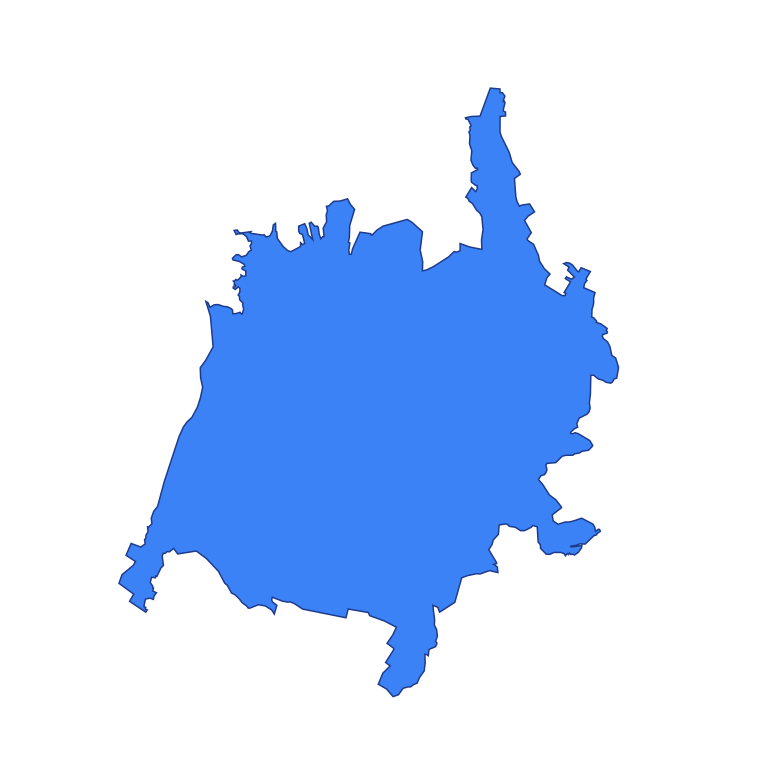 the district of Simleu Silvaniei, Salaj, Romania, rotated 98°
{"feature_id": "2599482B94052118858372", "entity_name": "Simleu Silvaniei", "entity_type": "district", "adm_level": 2, "iso_a3": "ROU", "parent_name": "Romania", "parent_adm1": "Salaj", "projection": "natural_earth1", "projection_center": [22.774, 47.23], "detail": "fine", "context": "isolated", "style": "filled", "palette": "blue", "viewbox_px": 768, "rotation_deg": 98, "n_neighbors": 0, "source": "geoboundaries", "source_scale": "gbopen_adm2", "svg_char_len": 6158}
<svg xmlns="http://www.w3.org/2000/svg" viewBox="0 0 768 768"><g transform="rotate(98 384 384)"><path d="M514.5,162.5L505.0,155.0L503.8,152.5L502.6,152.3L499.8,149.3L498.0,150.3L498.1,151.7L500.4,154.1L496.3,155.4L493.6,157.7L489.4,169.7L493.2,177.2L494.9,181.5L495.5,185.5L498.7,192.1L495.9,197.5L490.2,199.2L481.8,191.0L481.1,191.2L474.9,197.5L470.9,204.7L460.9,213.3L457.1,217.8L452.8,215.7L451.5,212.5L448.6,211.1L446.2,210.7L441.8,212.4L439.9,211.5L438.0,203.0L430.7,197.5L429.3,194.0L428.2,187.0L426.7,185.7L425.1,180.8L423.2,178.8L421.1,172.2L417.0,169.2L415.8,168.8L411.4,172.3L406.2,184.6L405.6,188.0L407.0,190.1L407.0,192.2L406.0,192.5L402.0,189.4L399.8,186.2L396.5,187.6L390.7,186.0L385.5,178.6L382.9,177.0L379.1,176.5L374.2,178.0L365.0,178.2L346.7,180.4L346.1,177.6L349.2,172.6L349.8,167.9L351.4,164.5L351.6,159.5L350.2,158.0L347.1,156.9L345.8,154.4L335.1,154.0L326.0,158.2L324.0,162.4L315.6,165.4L311.4,168.3L308.5,173.0L306.7,174.3L304.7,174.3L302.6,170.2L301.3,170.0L300.0,171.4L298.0,170.7L294.2,177.8L293.5,182.4L292.3,182.1L289.3,185.5L288.7,187.6L281.4,188.4L275.5,187.6L269.2,188.4L264.1,187.7L260.8,199.6L256.6,199.4L253.3,197.4L252.4,198.5L250.7,198.1L243.9,195.3L241.4,205.0L245.8,206.8L245.0,208.6L239.9,213.9L238.5,216.9L238.3,220.1L239.8,222.8L242.5,217.0L245.7,218.0L251.5,210.3L254.1,213.0L252.5,218.3L254.4,219.1L256.9,213.5L268.4,218.4L268.9,216.5L271.3,217.0L271.7,219.9L263.4,238.7L255.9,237.4L252.0,234.9L247.6,241.2L240.6,247.1L235.3,248.9L224.9,255.3L221.8,261.6L220.5,262.5L213.6,259.2L202.5,267.6L197.7,264.6L192.6,258.9L185.4,264.9L187.7,272.6L189.1,274.7L184.7,277.7L180.3,279.5L162.3,283.4L157.3,278.2L154.7,279.8L146.8,287.9L137.1,292.3L122.4,302.3L118.2,304.2L102.9,306.3L101.7,301.0L97.8,301.5L97.2,303.7L95.4,304.0L88.7,303.3L87.2,304.1L87.7,305.2L86.0,305.2L82.1,304.3L78.9,307.5L79.4,309.7L75.7,310.2L76.2,319.9L105.4,326.2L106.9,334.6L109.0,340.4L110.2,339.8L110.1,337.7L116.2,333.6L117.5,334.8L120.9,333.9L122.4,335.0L126.2,333.4L134.2,332.8L140.9,329.5L150.2,329.1L154.7,326.5L157.6,323.6L157.2,321.4L158.6,321.1L162.8,326.8L170.3,326.0L172.0,325.4L174.4,321.3L174.7,319.4L178.0,318.8L180.7,320.0L177.3,324.6L187.5,329.0L188.4,327.0L191.1,325.0L193.0,321.5L199.0,316.5L201.6,312.7L204.8,310.4L217.3,307.4L227.8,307.5L237.1,305.8L236.4,318.2L234.3,328.2L241.4,327.2L243.3,330.3L243.1,333.0L249.2,337.8L261.0,351.5L265.3,358.0L266.6,361.7L257.4,362.7L246.4,366.8L227.9,367.1L219.9,378.9L217.8,383.9L227.8,406.9L232.6,412.4L238.2,416.5L238.3,417.5L237.0,418.0L237.0,428.9L254.4,433.9L260.1,434.5L260.5,436.4L256.0,437.5L249.1,437.4L248.8,439.0L243.7,438.7L231.7,440.0L215.2,437.4L210.9,442.2L205.7,445.8L209.0,453.2L210.1,459.2L215.4,463.5L216.0,465.7L220.4,464.1L224.6,464.8L231.2,463.4L238.1,465.9L246.3,463.9L246.9,465.5L249.0,466.8L244.7,469.0L238.0,470.9L236.9,472.2L237.5,474.4L233.9,478.7L235.3,480.4L250.9,474.7L246.8,479.9L241.3,481.8L236.3,484.8L239.6,490.5L244.6,489.7L246.7,488.3L247.2,485.6L255.9,482.1L257.3,483.9L255.7,486.3L259.5,485.8L265.9,494.6L265.3,497.9L261.9,503.0L254.6,509.9L248.2,511.4L247.8,512.4L240.0,513.8L241.8,515.7L248.0,515.8L251.7,517.0L253.4,517.9L254.8,521.2L252.8,523.6L253.4,524.4L253.3,536.9L252.7,537.9L251.7,537.1L254.4,546.7L254.1,548.8L251.9,550.7L252.8,553.8L256.6,551.2L255.6,549.4L254.9,544.7L257.1,540.7L261.4,538.1L260.9,535.2L262.9,534.7L265.8,535.9L270.0,534.0L271.8,536.3L275.8,538.3L277.9,542.8L276.2,546.0L276.5,548.4L280.6,551.6L282.2,550.7L282.8,544.4L284.9,539.3L286.7,538.1L288.1,540.7L289.8,540.7L291.5,536.5L296.2,536.0L296.9,538.4L296.0,540.8L297.5,540.4L300.5,542.5L301.8,544.1L301.1,545.3L302.7,546.4L303.1,547.5L304.1,546.2L306.9,546.1L306.5,545.1L307.1,544.5L308.7,545.2L308.9,546.8L310.0,546.7L311.1,544.5L308.1,541.7L309.5,539.9L313.1,539.6L316.2,540.8L317.3,539.4L320.6,538.7L323.7,534.8L325.4,535.0L329.4,533.4L334.2,534.0L334.7,534.7L333.0,536.5L334.8,540.2L335.5,543.4L331.7,544.4L330.6,545.7L329.3,550.1L329.5,553.6L328.4,559.3L329.2,563.2L332.2,567.1L328.0,569.6L327.0,571.9L341.1,565.3L371.0,558.4L384.9,563.7L393.5,568.2L403.3,566.5L412.5,563.1L423.3,563.9L433.0,565.6L443.8,569.6L449.0,573.8L454.3,576.6L464.4,579.6L511.1,588.0L536.8,591.2L542.0,594.3L549.1,595.8L554.8,594.4L558.2,597.1L558.3,598.3L563.0,597.1L566.9,598.7L570.1,598.4L571.3,599.5L575.6,598.2L579.3,602.2L577.1,612.2L589.5,615.6L594.4,605.4L598.7,607.2L609.3,616.9L618.3,618.7L626.9,602.6L634.6,605.7L643.1,588.2L640.7,587.0L640.3,589.0L638.4,588.8L637.8,590.8L630.3,590.3L628.6,586.2L629.4,582.4L626.1,582.3L622.4,580.3L621.1,584.2L618.2,583.8L617.9,584.7L616.3,584.9L613.2,587.8L607.8,587.3L607.7,583.4L606.0,583.4L606.1,582.1L597.2,579.3L594.4,577.2L585.2,579.7L582.5,579.1L582.1,577.1L580.2,575.6L580.1,573.2L576.1,569.5L581.0,564.6L575.5,546.6L581.6,535.5L592.6,521.8L603.5,513.9L605.1,511.2L612.2,505.9L613.5,502.2L616.8,497.5L620.3,494.1L623.0,489.0L624.8,487.3L624.6,485.6L620.1,477.7L620.3,470.6L623.3,463.9L627.1,460.6L618.1,459.3L615.3,464.2L613.3,465.2L610.7,465.0L613.2,454.3L613.4,449.0L612.8,446.6L614.0,442.0L618.2,433.3L620.8,389.1L611.8,388.2L612.5,367.8L615.4,365.9L618.6,350.7L623.1,337.9L630.9,340.2L640.4,344.9L644.4,337.5L646.2,337.6L659.5,343.7L662.4,338.7L670.5,344.9L682.1,347.9L685.6,339.2L692.3,331.5L689.7,326.4L682.7,322.8L680.6,318.0L680.3,315.6L677.5,312.8L675.7,309.6L669.5,307.9L662.6,304.3L654.3,304.4L646.0,305.9L646.0,304.1L646.9,302.3L640.6,302.5L637.0,296.5L634.5,295.6L632.8,295.7L631.7,297.1L626.3,296.0L619.7,297.8L615.7,300.6L610.2,301.1L596.4,304.9L597.6,299.7L602.2,297.2L590.4,283.5L565.1,280.1L562.1,274.5L559.0,266.0L558.7,262.3L554.1,253.6L554.9,245.0L549.3,246.4L547.3,250.3L546.1,247.4L544.7,248.1L533.4,257.2L528.3,254.8L523.1,254.0L517.0,249.8L507.6,250.4L505.6,243.8L506.0,242.0L507.5,240.1L507.6,233.9L510.2,228.5L509.8,224.9L508.7,222.9L505.3,218.2L503.4,217.0L504.1,212.4L519.2,209.3L521.4,206.8L525.0,206.1L530.0,199.6L529.6,196.1L527.1,192.1L526.2,185.3L527.0,181.8L528.9,180.5L526.4,178.9L527.3,177.6L525.6,176.8L526.9,175.3L526.1,173.0L526.9,171.6L523.6,168.1L518.8,165.6L516.4,165.6L519.2,175.2L518.8,177.1L517.1,171.5L515.0,167.7L514.5,162.5Z" fill="#3b82f6" stroke="#1e3a8a" stroke-width="1.5"/></g></svg>